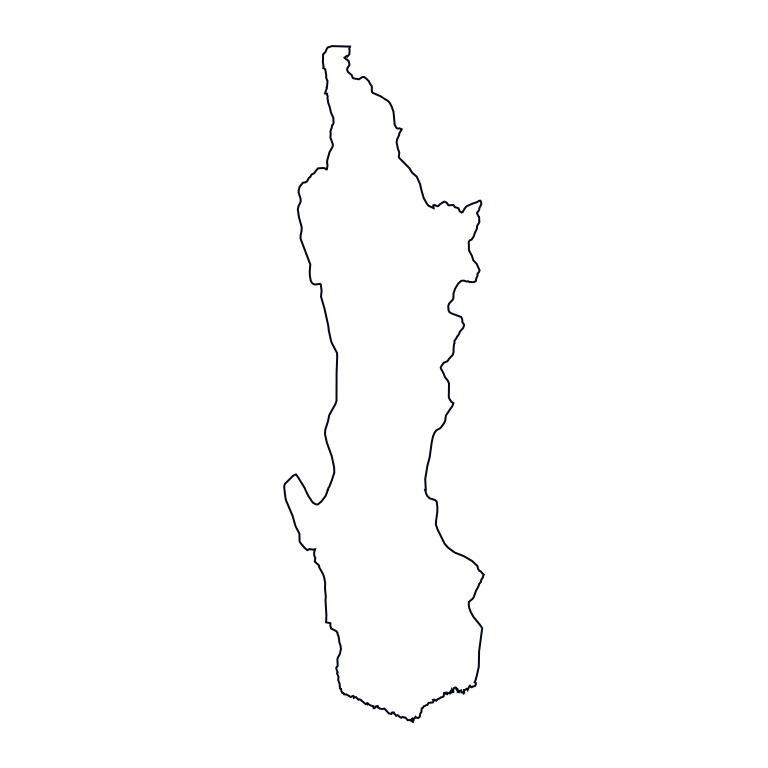 Namentenga, Namentenga, Burkina Faso
{"feature_id": "67063806B10845212636131", "entity_name": "Namentenga", "entity_type": "district", "adm_level": 2, "iso_a3": "BFA", "parent_name": "Burkina Faso", "parent_adm1": "Namentenga", "projection": "equal_earth", "projection_center": [-0.49, 13.239], "detail": "fine", "context": "isolated", "style": "outline", "palette": "ink", "viewbox_px": 768, "rotation_deg": 0, "n_neighbors": 0, "source": "geoboundaries", "source_scale": "gbopen_adm2", "svg_char_len": 6076}
<svg xmlns="http://www.w3.org/2000/svg" viewBox="0 0 768 768"><path d="M476.7,263.9L473.3,260.3L471.9,255.8L469.2,250.8L468.9,249.8L468.9,244.6L468.6,242.7L469.0,241.4L469.8,240.3L471.5,239.7L473.6,236.7L474.6,233.6L476.9,228.7L477.2,225.6L478.8,223.3L479.5,221.5L479.0,220.7L479.3,219.5L479.0,216.7L478.1,215.7L477.0,212.9L479.2,210.0L479.3,208.2L481.2,204.6L481.2,202.3L480.6,201.0L480.1,200.6L478.8,201.0L477.1,202.1L472.8,203.5L466.5,206.3L464.4,208.9L462.7,212.1L461.5,212.5L459.8,211.3L458.5,208.6L457.8,208.0L455.0,207.2L453.5,205.0L448.4,205.3L446.6,202.6L444.2,201.6L440.2,204.1L438.3,206.0L437.2,206.2L434.3,204.9L433.3,205.3L433.6,208.1L428.4,205.7L426.7,203.4L423.7,198.1L421.1,188.9L420.1,184.1L416.7,176.6L412.2,172.8L409.5,168.3L399.2,157.9L398.8,156.9L399.3,152.6L397.9,148.7L396.6,142.4L397.0,139.7L399.2,134.9L399.2,133.7L401.7,129.3L399.6,128.4L397.4,128.5L396.5,127.9L394.7,124.9L393.5,111.8L391.7,106.7L389.9,103.1L388.4,101.3L380.6,96.3L372.9,92.9L372.0,91.9L371.8,90.3L371.9,87.3L371.5,85.7L370.2,84.0L368.8,81.1L365.7,78.1L363.9,77.0L362.5,77.0L358.9,79.3L353.8,78.4L352.8,78.0L351.7,75.1L347.9,71.9L347.1,69.5L347.5,67.9L349.3,65.3L349.4,64.3L348.8,61.4L347.1,59.6L345.9,59.1L344.5,57.7L346.5,56.1L347.3,56.6L349.4,54.1L349.6,50.4L349.2,48.9L350.0,46.6L332.0,46.1L327.8,47.4L326.8,48.7L325.5,51.9L323.1,54.4L322.9,62.3L323.5,66.0L323.3,68.2L324.6,68.6L325.3,69.6L326.2,75.0L326.2,77.8L327.5,81.1L327.0,86.8L326.6,87.2L326.9,88.0L325.0,93.4L327.1,93.7L326.9,94.6L327.7,96.2L327.5,98.0L328.2,102.8L329.6,106.5L331.0,112.7L333.3,117.6L333.6,122.5L333.1,124.3L332.0,125.4L331.8,127.5L330.4,131.3L330.7,133.9L330.4,137.5L332.7,143.9L332.9,145.3L332.4,147.1L329.5,152.2L327.2,160.5L327.1,162.8L327.5,165.2L326.9,169.3L326.3,169.5L324.6,168.2L323.3,168.0L318.1,168.3L315.8,170.8L315.0,172.3L313.7,173.5L311.5,174.6L310.5,176.6L308.9,178.0L307.0,181.3L305.5,182.3L302.8,182.8L299.6,186.8L298.7,190.4L298.6,192.5L300.5,198.5L300.7,200.9L300.4,202.4L298.6,206.0L297.8,209.4L299.0,217.4L301.7,227.2L301.6,230.6L300.6,235.5L300.5,238.5L310.3,264.5L309.7,271.7L309.9,275.9L310.7,280.5L311.8,282.7L313.2,283.9L314.8,284.5L320.1,283.9L320.8,284.6L321.6,290.9L321.0,296.6L324.5,308.6L328.3,325.9L328.8,330.5L331.0,340.7L331.8,343.0L337.0,352.9L337.2,356.5L336.6,372.4L336.5,400.8L335.5,403.9L329.3,415.0L327.9,421.6L325.3,429.7L325.0,434.1L326.8,442.5L331.7,456.0L334.1,467.2L334.3,472.6L331.8,480.4L329.4,486.5L328.3,488.2L328.0,489.9L327.6,489.9L327.1,492.2L325.5,496.1L321.3,501.6L318.0,504.3L315.9,504.4L313.0,502.7L312.1,501.6L308.4,496.0L305.6,490.3L304.9,488.3L297.2,475.9L295.9,474.4L293.3,475.6L285.0,483.8L284.4,485.3L284.2,487.2L285.3,497.0L286.0,500.3L292.6,515.9L295.5,526.1L299.4,533.7L299.6,541.2L300.2,542.6L304.6,547.9L307.4,550.2L309.5,549.1L313.0,549.6L315.1,549.3L314.1,552.4L314.2,555.1L314.9,557.3L315.3,557.7L314.8,561.6L319.1,565.6L319.3,567.5L323.2,574.4L324.3,578.0L325.2,583.1L325.0,588.6L325.8,596.5L325.5,600.2L326.4,615.5L326.1,622.3L330.4,623.2L330.3,625.4L331.1,628.5L336.4,631.2L337.5,633.0L337.6,634.0L338.7,636.9L339.4,642.5L340.3,644.8L341.0,648.8L339.9,653.9L337.9,657.5L337.4,659.1L337.7,665.8L336.2,667.8L336.7,670.0L337.7,672.3L337.0,673.4L338.5,676.8L338.2,680.1L339.6,683.8L340.0,688.5L341.0,688.9L341.4,691.0L342.4,693.1L343.4,693.0L344.2,694.4L346.3,694.4L350.8,697.0L353.1,695.9L353.8,696.4L353.9,697.8L356.0,697.1L358.4,699.7L359.6,699.3L360.7,699.9L365.7,704.2L367.0,703.3L367.5,704.1L367.9,703.5L369.1,704.6L371.0,705.6L373.5,706.3L373.5,708.0L374.0,708.3L375.5,707.4L376.0,706.3L377.7,706.0L377.9,706.5L377.7,707.0L378.2,707.7L380.5,708.8L382.2,709.0L384.5,708.7L388.9,713.4L391.4,714.0L391.9,712.6L393.3,712.3L393.9,712.6L393.8,713.3L395.5,714.7L396.1,715.8L397.8,715.2L400.4,717.5L401.4,717.7L402.5,716.9L404.0,717.5L405.5,717.5L407.6,720.2L409.1,720.0L410.3,720.3L411.4,719.3L411.3,720.9L412.9,721.9L413.5,720.4L413.2,718.6L414.4,718.6L415.6,716.9L416.1,717.5L418.1,718.0L419.5,717.1L419.9,716.1L420.1,714.0L421.4,712.0L421.7,708.4L422.7,708.0L423.8,706.3L427.6,704.7L428.5,702.9L432.9,702.4L433.7,700.9L433.1,699.9L434.3,699.6L436.2,700.7L437.9,699.0L439.5,698.5L441.0,697.3L442.8,697.1L443.7,696.1L444.0,693.1L445.8,692.7L445.5,693.7L447.2,694.2L447.9,692.9L449.4,693.3L450.2,692.0L450.6,692.7L451.6,690.1L452.2,692.2L453.3,692.0L453.4,691.3L453.1,690.1L453.6,688.3L455.2,687.5L456.1,687.8L456.2,688.8L457.2,688.9L457.0,690.0L457.9,690.3L457.7,691.9L459.0,692.2L459.1,691.0L461.1,690.4L461.5,692.4L462.9,692.4L463.7,693.5L464.2,692.9L463.9,690.0L465.7,689.7L466.6,688.8L467.1,688.9L467.7,689.9L469.2,686.5L470.0,685.7L471.0,687.0L471.8,687.3L472.8,686.5L474.8,686.1L475.8,684.5L475.9,683.0L474.6,682.3L475.9,679.4L475.8,678.8L476.7,676.2L478.8,666.7L479.1,651.3L482.2,628.1L479.3,624.0L473.5,617.0L470.7,612.0L469.1,607.4L468.8,605.5L468.8,602.0L472.9,598.5L473.7,597.3L476.0,590.8L478.4,586.5L479.2,583.8L480.9,582.0L481.4,579.5L482.7,577.9L483.0,576.3L483.8,574.5L482.8,573.8L480.5,571.2L479.5,570.9L478.0,568.8L477.5,566.1L472.1,561.0L463.7,556.1L454.8,552.6L448.1,547.7L444.6,543.7L437.6,529.6L435.9,524.6L436.0,521.6L437.3,511.9L437.4,507.4L436.7,501.6L435.0,500.0L429.6,498.3L427.1,495.7L426.3,494.0L425.1,489.9L425.8,489.9L425.2,479.0L427.5,465.4L429.7,457.1L431.7,442.4L433.1,436.1L434.7,432.5L436.4,430.3L440.4,428.1L444.0,423.3L445.2,420.7L445.9,415.5L452.5,405.8L453.4,403.1L451.3,401.8L449.4,398.8L448.8,397.1L449.0,383.5L447.9,380.9L444.9,377.0L443.6,373.5L441.1,368.9L440.7,367.9L440.8,367.1L443.7,362.7L446.7,361.6L448.0,360.6L448.7,359.2L452.9,354.7L453.6,351.7L453.5,349.6L454.0,344.2L454.5,343.3L454.4,341.0L456.2,338.5L457.0,336.7L458.4,335.1L459.4,333.3L459.6,332.0L463.2,327.9L464.0,325.6L464.0,324.6L462.4,322.1L462.2,319.1L461.1,317.0L451.5,313.4L449.4,312.0L448.6,310.6L448.2,306.2L449.1,303.6L452.9,299.5L453.4,298.0L453.5,293.6L455.1,288.7L458.3,283.5L460.9,281.1L462.4,280.6L464.4,280.8L466.6,281.5L468.2,281.3L469.2,281.9L473.7,282.2L475.8,281.1L476.3,278.3L477.6,275.6L477.4,274.5L477.7,273.4L478.7,272.5L479.6,270.4L476.7,263.9Z" fill="none" stroke="#020617" stroke-width="2"/></svg>